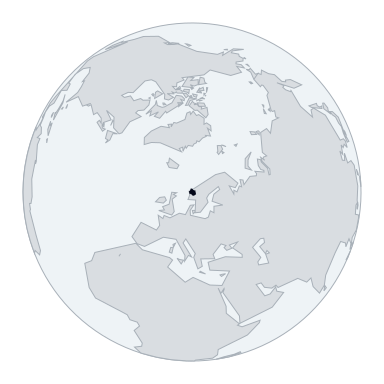 Sogn og Fjordane highlighted on a globe, orthographic projection, rotated 26°
{"feature_id": "NOR-915", "entity_name": "Sogn og Fjordane", "entity_type": "County", "adm_level": 1, "iso_a3": "NOR", "parent_name": "Norway", "parent_adm1": "", "projection": "orthographic", "projection_center": [5.843, 61.458], "detail": "fine", "context": "on_globe", "style": "filled", "palette": "ink", "viewbox_px": 384, "rotation_deg": 26, "n_neighbors": 0, "source": "natural_earth", "source_scale": "10m", "svg_char_len": 13479}
<svg xmlns="http://www.w3.org/2000/svg" viewBox="0 0 384 384"><g transform="rotate(26 192 192)"><circle cx="192" cy="192" r="169" fill="#eef3f6" stroke="#a8b0b8"/><path d="M23.6,205.6L23.3,201.8L24.7,204.7L25.7,195.6L25.6,191.2L24.7,190.3L25.6,174.2L27.8,165.0L40.6,120.0L44.1,113.7L47.4,109.8L68.4,85.2L51.6,102.0L56.5,94.9L63.7,87.0L63.5,88.2L73.4,80.0L80.2,73.5L93.7,66.7L106.4,67.5L101.9,70.1L105.5,70.2L111.3,67.2L114.3,65.1L134.6,63.5L154.6,57.1L158.9,52.4L159.6,55.8L166.4,45.2L176.0,41.1L166.4,47.5L166.3,49.6L173.5,47.6L175.0,49.4L179.3,49.5L180.4,51.9L174.7,55.8L175.3,57.5L180.4,56.0L184.7,57.6L177.2,59.5L184.0,62.7L175.7,70.3L154.8,74.4L151.4,81.5L133.0,93.6L135.8,94.8L130.6,100.6L132.0,104.2L128.2,105.6L132.6,107.3L135.8,105.3L138.8,105.4L139.9,107.5L135.2,109.6L134.0,108.9L133.2,110.6L130.4,110.8L132.4,111.9L126.6,114.4L133.9,115.0L130.6,119.6L126.4,120.4L124.8,116.3L111.1,108.8L106.3,108.9L101.1,112.8L95.5,128.5L91.0,130.4L86.4,136.0L89.8,136.6L94.6,132.6L99.7,135.5L104.9,130.5L107.7,131.0L113.9,127.8L115.1,132.7L112.9,139.4L107.8,142.5L106.7,145.6L113.2,146.5L105.4,156.1L103.1,169.5L100.9,171.7L93.4,168.7L89.1,158.9L79.4,156.1L87.7,162.6L82.0,168.3L81.9,171.3L83.4,173.8L86.5,173.5L84.9,176.6L76.1,171.0L77.3,168.2L80.1,169.9L78.0,165.4L72.0,162.2L69.6,165.6L63.1,157.8L61.3,160.2L58.8,160.1L62.2,156.7L56.0,162.8L48.0,156.1L39.5,166.5L45.6,152.7L46.4,146.1L46.6,139.3L45.1,140.8L47.4,130.3L45.9,124.7L40.3,128.7L35.4,137.4L33.4,148.2L35.2,148.3L35.0,155.4L30.1,158.0L29.0,172.6L26.2,177.3L25.2,184.4L25.9,190.2L26.3,198.6L28.3,199.9L30.9,205.7L29.1,210.9L31.9,210.6L32.3,217.3L38.4,232.3L37.4,232.3L42.3,250.6L50.4,266.4L52.3,272.9L51.0,273.5L54.5,278.6L54.6,280.1L71.0,299.4L81.5,311.1L82.6,315.3L76.6,313.3L77.4,316.2L68.5,307.3L60.2,297.8L52.7,287.7L46.0,277.0L40.1,265.9L35.0,254.4L30.8,242.6L27.5,230.4L25.1,218.1L23.6,205.6ZM36.9,168.7L35.9,188.1L34.1,180.1L34.9,181.0L35.6,175.4L36.2,166.6L35.2,159.9L36.9,168.7ZM41.8,170.5L41.8,167.6L42.2,170.1L41.8,170.5ZM115.4,64.0L111.3,66.9L105.4,69.2L108.7,66.5L115.4,64.0ZM126.7,60.7L125.2,62.4L121.4,61.6L123.4,60.9L126.7,60.7ZM161.7,48.7L158.1,50.1L161.1,48.2L161.7,48.7ZM179.6,49.1L180.2,48.2L182.2,48.7L179.6,49.1ZM112.9,125.3L113.4,126.5L112.0,126.5L112.9,125.3ZM115.1,122.8L113.1,121.9L113.9,120.6L115.1,121.2L115.1,122.8ZM185.8,52.9L188.8,54.1L184.8,53.5L185.8,52.9ZM117.4,124.3L115.5,118.4L116.8,116.2L122.6,116.6L117.4,124.3ZM190.0,55.2L197.4,58.3L199.3,56.4L198.2,63.6L192.2,58.5L186.9,58.0L190.0,56.9L190.0,55.2ZM136.3,103.8L133.0,106.0L134.8,102.4L136.3,103.8ZM136.8,101.5L138.0,90.4L143.5,88.3L142.0,92.4L148.3,88.3L150.4,92.7L147.4,95.9L143.4,96.3L147.3,97.7L136.8,101.5ZM196.4,67.3L197.3,68.7L195.2,68.0L196.4,67.3ZM140.1,105.2L139.9,103.1L144.7,101.1L146.0,105.0L144.0,104.4L140.1,105.2ZM149.0,85.2L152.8,84.5L155.5,87.8L157.4,88.1L151.0,92.6L149.0,85.2ZM143.5,105.9L146.6,107.1L145.3,109.9L140.7,107.2L143.5,105.9ZM145.3,99.0L147.7,98.2L146.8,99.9L145.3,99.0ZM142.6,120.9L142.2,118.2L144.6,116.9L142.6,120.9ZM147.8,107.3L148.2,106.4L149.1,105.6L150.8,107.0L147.8,107.3ZM153.3,94.7L153.7,96.3L156.1,93.0L158.2,95.5L153.6,98.2L156.5,98.1L157.1,98.8L152.6,100.2L153.3,94.7ZM155.4,106.1L150.2,110.6L150.4,115.7L148.2,117.0L148.3,108.5L155.4,106.1ZM154.1,102.5L154.4,105.0L151.5,105.2L149.6,103.6L154.1,102.5ZM161.4,96.3L159.3,91.8L160.4,91.4L161.4,96.3ZM156.0,107.5L157.2,106.4L156.3,107.9L156.0,107.5ZM160.3,99.7L159.4,98.1L160.7,97.6L160.3,99.7ZM160.4,105.6L158.7,107.0L157.4,106.0L160.4,105.6ZM160.8,102.9L162.8,102.6L157.9,104.7L160.2,102.2L160.8,102.9ZM161.7,99.5L162.1,98.7L161.9,100.2L161.7,99.5ZM166.6,109.0L160.7,111.9L157.7,109.5L163.8,106.9L166.6,109.0ZM360.0,173.7L359.4,172.0L359.2,174.6L357.4,168.6L353.6,165.2L354.3,173.8L352.4,170.5L347.3,171.3L347.3,183.7L348.6,208.1L351.8,217.7L350.9,227.0L342.3,223.9L336.6,217.1L334.6,222.7L324.9,223.3L311.2,240.1L308.3,238.9L305.9,243.4L298.9,245.9L294.0,243.4L290.2,247.0L302.9,253.4L306.9,249.4L308.8,240.6L311.7,244.0L318.4,242.1L314.6,260.3L292.7,289.0L288.9,282.5L263.8,268.8L263.6,265.4L263.5,265.1L263.1,264.6L262.4,270.5L257.6,266.9L272.7,279.7L276.0,286.0L292.4,289.7L291.3,291.8L296.1,291.2L309.4,277.4L309.8,279.9L304.5,296.2L284.6,322.1L286.3,327.1L283.4,332.3L268.9,341.5L268.2,342.8L260.5,346.5L260.3,346.5L246.6,351.9L232.5,356.0L218.0,358.9L216.5,359.1L208.3,356.6L214.4,352.7L213.5,349.6L200.7,341.8L203.6,335.5L199.8,333.0L192.2,334.0L187.6,330.7L182.8,330.5L151.8,329.6L141.4,322.9L126.9,303.1L131.9,297.7L131.2,288.9L164.0,262.7L172.7,265.7L200.6,260.8L204.4,261.7L203.0,270.1L225.4,276.1L230.4,268.3L248.8,267.8L259.9,262.9L260.4,246.6L242.3,254.4L237.3,248.1L250.3,235.6L265.8,228.7L264.4,226.1L253.0,224.4L254.9,216.9L248.8,223.3L252.5,225.1L248.8,229.2L245.2,227.9L246.0,225.2L240.9,225.9L238.3,238.8L241.7,242.0L229.2,248.3L233.8,254.3L231.0,258.5L222.2,250.0L221.9,245.9L207.0,236.9L206.3,241.7L220.2,250.6L216.6,250.5L215.7,257.4L213.5,252.1L198.4,241.5L186.1,245.2L173.2,261.7L165.4,262.5L157.6,258.4L159.5,241.6L176.7,241.8L177.6,236.2L171.8,227.7L177.5,228.6L177.2,225.3L183.5,224.9L190.0,216.6L196.0,215.2L196.3,204.7L199.4,202.7L198.4,209.4L200.8,213.6L215.5,210.2L217.7,207.4L216.7,200.9L220.8,201.0L218.0,195.2L225.4,190.2L214.1,191.5L212.6,184.4L215.8,177.6L213.3,175.6L208.1,186.7L207.8,191.0L210.9,194.2L208.4,206.5L203.9,209.3L198.8,197.6L191.7,200.5L190.8,190.5L205.5,166.1L212.7,159.9L229.4,163.9L229.0,169.1L222.8,170.2L230.5,175.5L228.9,172.0L232.4,172.2L231.9,165.8L234.3,165.6L229.7,159.8L232.6,158.9L235.5,162.6L237.2,152.6L242.7,149.2L241.9,147.1L239.5,145.8L248.0,142.5L247.1,141.1L243.9,141.6L240.0,139.2L236.3,133.7L239.5,132.9L241.2,134.7L249.6,137.6L253.7,142.8L254.6,142.0L251.8,137.2L241.6,133.7L238.5,130.7L243.5,131.6L241.4,131.0L240.9,129.3L243.3,126.8L237.9,125.6L227.6,108.4L231.2,102.3L236.8,104.8L232.9,92.9L237.3,87.4L234.4,87.8L230.6,82.7L229.1,84.3L227.5,84.1L217.0,72.3L217.0,69.1L209.2,65.0L207.7,65.3L207.3,67.4L198.2,63.6L199.3,56.4L202.6,56.1L201.0,52.0L208.9,52.1L214.7,50.4L224.2,53.2L227.9,51.9L226.9,50.5L231.1,47.8L243.6,47.6L238.2,54.0L220.4,56.6L228.1,56.0L227.7,58.1L231.3,59.1L236.6,58.6L236.4,57.3L252.0,67.5L267.5,71.8L263.0,66.1L264.5,63.3L278.2,64.5L302.5,80.4L304.7,77.8L307.6,79.0L312.0,84.0L307.8,82.4L308.4,85.8L305.4,84.3L311.0,92.1L306.9,90.3L313.2,97.5L315.4,96.7L312.0,90.3L319.2,97.6L321.1,94.1L326.0,96.8L338.3,113.8L344.0,126.9L345.3,128.9L345.1,131.9L348.6,140.4L351.8,139.6L353.0,142.1L356.9,156.2L356.3,154.6L355.9,162.6L358.5,170.4L358.9,165.9L359.1,166.8L360.0,173.7ZM154.9,278.9L154.5,281.8L154.9,278.9ZM283.9,228.3L292.1,222.2L285.5,215.6L288.2,212.8L285.0,211.7L285.0,215.2L276.8,211.4L279.3,205.6L276.8,202.1L273.9,204.0L270.7,215.2L282.5,220.6L281.8,226.0L283.9,228.3ZM38.6,232.7L39.1,235.4L38.0,233.1L38.6,232.7ZM32.6,181.0L33.0,184.3L32.8,186.8L32.2,184.6L32.6,181.0ZM38.8,207.6L39.9,211.6L38.3,208.3L38.8,207.6ZM36.0,191.0L38.0,204.6L34.9,198.8L33.9,190.3L35.3,195.0L36.0,191.0ZM39.1,171.9L39.1,174.3L38.3,174.6L39.1,171.9ZM42.1,172.4L41.9,171.7L42.4,170.0L42.1,172.4ZM82.5,168.6L83.2,169.1L84.2,172.0L82.6,171.4L82.5,168.6ZM95.4,181.2L92.7,185.9L93.5,182.0L90.8,181.9L89.1,173.7L99.6,172.4L95.2,174.3L95.4,181.2ZM89.8,162.8L89.7,167.9L89.4,162.4L89.8,162.8ZM169.6,208.3L172.5,210.6L171.1,214.5L163.5,216.8L165.3,211.1L169.6,208.3ZM176.8,213.0L173.9,201.1L178.5,199.4L176.4,202.3L179.7,202.4L177.3,207.1L184.6,217.4L183.9,221.6L170.2,223.2L175.1,220.2L172.0,218.1L176.8,213.0ZM158.2,176.0L156.9,171.5L168.5,173.6L168.3,177.6L160.7,180.0L156.5,176.7L158.2,176.0ZM128.0,126.3L126.8,124.8L128.1,124.2L130.1,124.9L128.0,126.3ZM142.2,119.8L134.6,132.1L132.9,131.0L130.6,139.9L125.0,140.5L126.7,134.7L120.7,142.0L119.9,137.0L116.4,142.3L120.7,129.3L119.8,125.3L122.9,129.5L128.1,129.0L130.0,127.5L134.9,120.6L135.5,112.0L140.7,110.3L144.3,111.5L144.9,113.3L141.3,113.7L144.7,115.8L140.1,117.9L142.2,119.8ZM182.4,128.7L178.0,127.9L184.1,133.6L179.4,135.2L180.4,135.8L177.8,138.9L176.3,143.8L173.9,143.9L174.4,145.8L172.7,148.0L172.5,150.6L168.2,151.8L167.6,155.2L165.9,153.8L166.1,159.4L164.0,155.8L161.5,158.5L164.9,160.5L141.8,161.7L133.8,165.3L128.2,170.3L125.3,163.9L128.7,155.1L135.4,146.5L143.5,144.1L140.8,141.8L143.8,140.0L144.7,142.6L145.2,137.5L148.0,136.8L153.9,129.9L152.8,123.3L155.0,120.7L156.8,122.9L157.6,118.8L162.5,121.3L164.1,119.5L170.6,120.4L173.1,125.9L174.8,123.5L179.7,124.2L182.4,128.7ZM168.4,109.4L172.5,115.3L171.9,119.2L160.9,116.1L158.8,117.4L151.7,115.8L152.6,110.3L154.6,111.2L156.7,110.8L155.5,112.7L158.0,110.9L160.8,112.2L163.4,111.2L164.0,113.4L168.4,109.4ZM207.6,258.1L210.3,258.1L214.3,257.0L213.8,261.4L207.6,258.1ZM197.2,251.1L199.5,250.3L200.7,255.8L197.9,256.0L197.2,251.1ZM199.6,245.3L199.5,249.8L197.9,247.4L199.6,245.3ZM200.4,208.4L202.7,207.2L203.4,208.6L202.6,211.1L200.4,208.4ZM199.5,146.6L197.1,145.3L197.5,144.3L194.4,139.2L197.6,137.6L200.8,140.1L199.5,146.6ZM258.0,250.7L255.5,255.0L253.5,254.3L254.8,253.0L258.0,250.7ZM234.1,259.6L240.1,259.7L233.9,260.8L234.1,259.6ZM202.5,144.1L200.9,142.2L203.5,142.6L202.5,144.1ZM199.8,136.3L202.7,136.3L197.7,136.9L199.8,136.3ZM287.0,331.7L293.2,325.9L301.1,319.3L305.4,314.4L306.5,315.1L297.6,323.9L287.0,331.7ZM360.8,183.6L360.2,185.7L360.2,180.4L360.2,175.7L360.8,183.6ZM352.3,217.8L354.7,219.1L353.9,223.0L352.3,217.8ZM341.4,113.1L341.5,113.4L340.5,111.5L340.7,111.8L341.4,113.1ZM347.0,131.0L348.2,135.2L347.4,134.2L345.3,128.3L347.0,131.0ZM329.7,99.4L332.8,102.2L334.1,103.8L333.2,103.8L329.7,99.4ZM227.6,130.0L228.3,138.6L231.0,144.2L235.8,146.2L229.3,147.3L225.2,138.7L227.6,130.0ZM227.3,111.1L223.1,109.7L224.6,108.0L225.8,108.1L227.3,111.1ZM224.9,111.9L220.3,114.4L217.7,112.2L221.9,110.6L224.9,111.9ZM211.5,129.1L211.5,131.7L209.4,131.2L211.5,129.1ZM339.7,110.0L340.9,112.3L337.4,107.2L335.5,103.8L339.0,108.9L338.2,107.4L339.7,110.0ZM305.3,72.9L303.7,72.6L301.0,69.7L302.9,70.7L305.3,72.9ZM290.7,60.6L299.7,68.9L306.7,76.1L306.2,74.5L310.8,77.7L309.7,79.1L302.3,72.8L297.6,67.7L293.6,65.8L288.2,61.7L284.3,61.1L280.8,59.2L282.9,58.2L290.7,60.6ZM282.8,61.1L274.0,59.4L270.5,54.9L271.6,54.2L277.1,56.9L278.6,59.1L282.8,61.1ZM270.9,57.8L272.2,60.0L262.3,63.6L259.4,63.3L265.0,57.8L266.7,59.6L269.7,59.6L270.9,57.8ZM198.8,67.9L197.5,68.6L197.6,67.3L198.8,67.9ZM226.8,85.1L224.5,84.7L224.8,83.0L226.8,85.1ZM218.4,82.5L219.6,84.7L217.0,82.7L218.4,82.5ZM222.6,89.7L219.5,85.8L224.4,89.1L222.6,89.7Z" fill="#d9dde1" stroke="#a8b0b8" stroke-width="1"/><path d="M190.9,193.8L190.8,193.6L190.8,193.4L190.9,193.5L191.0,193.4L190.9,193.4L190.8,193.2L191.0,193.1L191.2,193.3L191.4,193.3L191.5,193.3L191.4,193.2L191.5,193.2L191.8,193.1L192.0,193.1L192.4,193.0L192.6,193.1L192.8,193.2L192.7,193.3L192.8,193.3L192.8,193.2L193.0,193.0L193.1,192.9L193.4,192.9L193.4,193.0L193.5,193.1L193.7,193.3L193.5,193.5L193.6,193.4L193.8,193.5L193.8,193.4L193.7,193.2L193.9,193.0L194.0,192.9L194.2,193.0L194.3,193.0L194.1,192.9L194.3,192.8L194.5,192.7L194.2,192.7L194.1,192.4L194.2,192.2L194.3,192.0L194.4,191.9L194.3,192.0L194.1,192.2L194.1,192.3L194.0,192.5L194.2,192.8L193.9,192.8L193.7,193.0L193.5,192.9L193.2,192.8L193.0,192.7L193.2,192.4L193.2,192.2L193.1,192.4L193.1,192.5L192.9,192.6L193.0,192.7L192.9,192.7L192.9,192.8L192.8,193.0L192.6,193.0L192.5,192.9L192.4,192.9L192.2,192.9L192.3,192.8L192.3,192.7L192.1,192.9L191.9,192.9L191.6,192.9L191.4,193.1L191.2,193.0L191.0,192.9L190.9,192.9L191.0,192.8L191.0,192.7L190.8,192.7L190.7,192.6L190.8,192.6L190.9,192.4L191.0,192.4L191.3,192.6L191.3,192.4L191.2,192.3L191.4,192.3L191.7,192.3L191.7,192.2L191.0,192.3L190.9,192.4L190.8,192.2L191.0,192.1L190.9,192.1L190.7,192.1L190.9,192.0L191.0,192.0L191.3,192.0L191.5,192.1L191.7,191.9L191.8,191.9L191.9,192.0L191.9,191.9L191.7,191.9L191.6,192.0L191.4,192.0L191.4,191.9L191.2,191.9L191.0,191.7L191.3,191.7L191.0,191.6L191.3,191.6L191.2,191.5L191.3,191.5L191.1,191.5L190.8,191.5L190.7,191.4L190.8,191.3L190.8,191.2L191.0,191.2L190.9,191.1L191.0,191.0L191.2,190.9L191.3,190.9L191.2,190.8L191.3,190.7L191.7,190.7L191.8,190.7L191.9,190.8L191.7,190.9L191.8,190.9L192.1,190.9L192.1,191.0L192.2,190.9L192.3,191.0L192.5,191.1L192.3,190.9L192.6,190.9L192.8,191.0L192.9,190.9L193.0,190.8L193.3,190.9L193.2,190.7L193.0,190.8L192.9,190.9L192.6,190.8L192.4,190.8L192.2,190.8L192.1,190.7L191.9,190.8L191.8,190.7L192.1,190.7L191.7,190.6L191.4,190.6L191.2,190.7L191.2,190.4L191.3,190.3L191.2,190.2L190.9,189.9L191.0,189.9L190.9,189.9L191.0,189.8L191.2,190.0L191.3,190.1L191.5,190.2L191.5,190.4L191.6,190.5L191.8,190.4L191.9,190.5L192.1,190.4L192.4,190.5L192.4,190.4L192.5,190.4L192.6,190.5L192.8,190.3L193.1,190.2L193.3,190.4L193.3,190.5L193.6,190.4L193.8,190.3L194.1,190.2L194.1,190.3L194.2,190.7L194.3,191.1L194.7,191.1L194.8,191.1L194.9,191.4L195.0,191.6L195.3,191.7L195.5,192.0L195.2,192.0L195.3,192.2L195.3,192.3L195.2,192.5L195.3,193.0L195.1,193.5L194.9,193.5L194.7,193.7L194.6,194.0L194.4,194.2L193.6,194.1L193.6,193.9L193.3,193.7L193.2,193.4L193.0,193.6L192.9,193.6L192.6,193.6L192.4,193.5L192.4,193.4L192.2,193.3L191.9,193.4L191.7,193.4L191.5,193.5L191.4,193.5L191.2,193.5L190.9,193.8ZM190.6,190.7L190.8,190.7L191.1,190.8L190.9,191.0L190.7,191.0L190.6,190.9L190.7,191.0L190.7,190.9L190.6,190.7ZM190.7,192.8L190.8,193.0L190.6,193.2L190.5,192.9L190.6,193.0L190.6,192.9L190.6,192.7L190.6,192.8L190.7,192.8ZM191.0,190.3L191.0,190.5L190.9,190.6L190.8,190.4L191.0,190.3ZM190.4,193.2L190.4,193.3L190.3,193.2L190.4,193.2ZM190.6,193.6L190.7,193.8L190.6,193.7L190.6,193.6ZM190.6,191.4L190.7,191.2L190.6,191.3L190.6,191.4Z" fill="#0f172a" stroke="#020617" stroke-width="1.5"/></g></svg>